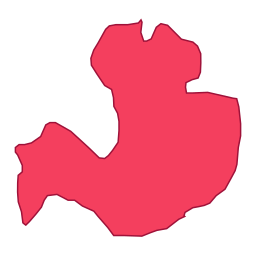 Vasilevo, Natural Earth projection
{"feature_id": "MKD-2995", "entity_name": "Vasilevo", "entity_type": "Statistical Region", "adm_level": 1, "iso_a3": "MKD", "parent_name": "North Macedonia", "parent_adm1": "", "projection": "natural_earth1", "projection_center": [22.608, 41.545], "detail": "fine", "context": "isolated", "style": "filled", "palette": "rose", "viewbox_px": 256, "rotation_deg": 0, "n_neighbors": 0, "source": "natural_earth", "source_scale": "10m", "svg_char_len": 1336}
<svg xmlns="http://www.w3.org/2000/svg" viewBox="0 0 256 256"><path d="M68.1,200.2L57.0,194.4L47.4,195.6L44.2,200.2L41.4,207.2L35.9,214.1L29.4,221.6L25.8,225.1L24.3,224.0L22.9,222.8L21.5,211.8L18.3,201.9L17.6,192.1L17.7,182.8L18.2,175.3L19.3,174.4L22.3,171.8L22.3,165.4L20.0,160.2L17.7,155.0L15.4,152.1L15.4,147.5L19.1,144.6L24.6,144.6L31.5,142.9L40.7,136.5L45.8,124.9L49.9,122.6L55.4,122.6L70.7,131.3L80.8,140.5L89.6,148.6L99.2,157.9L104.7,158.5L108.4,155.6L112.6,150.4L118.1,142.3L119.0,130.7L119.0,121.4L117.6,113.3L113.9,106.4L113.5,97.7L111.6,89.5L104.7,85.5L96.9,73.9L91.4,65.2L90.9,58.3L93.7,50.2L98.3,42.6L105.7,29.3L109.3,25.9L115.8,24.7L127.7,24.7L138.4,23.0L141.0,19.9L142.0,22.2L140.8,32.4L143.7,41.1L146.6,41.1L151.2,38.9L156.3,27.3L160.9,23.7L167.6,25.3L181.4,39.2L192.9,42.1L197.5,46.1L200.7,53.7L200.8,62.9L200.4,72.2L198.1,78.0L192.0,79.7L186.0,82.6L185.5,87.2L186.5,93.0L192.9,93.0L207.7,92.4L233.0,98.2L236.7,98.7L238.8,106.9L240.6,123.7L240.6,135.9L238.3,147.5L236.9,164.3L235.1,170.7L231.4,177.6L225.0,189.2L216.2,195.6L209.8,203.1L204.3,205.4L198.8,206.6L192.8,207.7L185.0,212.4L184.0,215.9L184.7,216.4L178.7,219.3L166.7,228.6L157.0,230.3L150.6,232.6L141.9,236.1L123.8,235.5L113.7,235.5L107.7,227.4L98.1,216.4L93.9,211.2L82.4,206.0L74.6,200.2L68.1,200.2Z" fill="#f43f5e" stroke="#9f1239" stroke-width="1.5"/></svg>